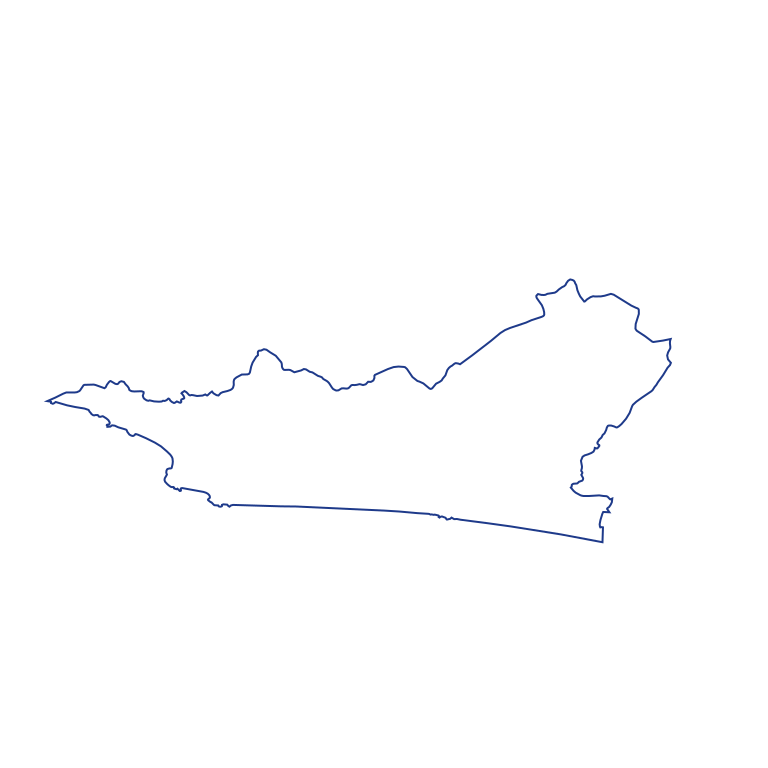 outline of Duc Pho, Quảng Ngãi, Vietnam, rotated 124°
{"feature_id": "81297802B20968372540645", "entity_name": "Duc Pho", "entity_type": "district", "adm_level": 2, "iso_a3": "VNM", "parent_name": "Vietnam", "parent_adm1": "Quảng Ngãi", "projection": "albers", "projection_center": [108.978, 14.748], "detail": "fine", "context": "isolated", "style": "outline", "palette": "blue", "viewbox_px": 768, "rotation_deg": 124, "n_neighbors": 0, "source": "geoboundaries", "source_scale": "gbopen_adm2", "svg_char_len": 6154}
<svg xmlns="http://www.w3.org/2000/svg" viewBox="0 0 768 768"><g transform="rotate(124 384 384)"><path d="M422.3,503.0L425.1,504.7L426.2,506.2L427.5,506.6L428.8,506.0L430.6,504.6L433.1,505.2L439.7,504.9L443.7,503.9L449.5,501.6L451.1,501.6L452.4,502.6L455.7,507.2L461.0,510.0L463.4,510.7L464.6,510.6L466.2,509.9L468.8,508.0L471.5,507.1L472.9,507.2L474.7,507.9L477.4,509.9L481.0,513.2L482.9,514.3L486.1,514.8L486.9,516.6L487.1,520.2L486.4,522.4L488.6,523.2L492.2,524.0L492.6,524.7L492.6,526.3L495.0,527.9L498.5,532.3L500.1,536.2L500.8,537.5L501.9,538.4L502.1,539.4L501.3,543.1L501.4,545.5L504.2,546.7L505.0,546.7L505.2,545.5L506.0,543.4L506.7,542.3L507.5,541.7L508.3,541.9L508.8,542.5L510.2,543.3L511.2,543.0L512.1,542.1L513.0,542.1L513.5,542.5L513.9,543.7L514.3,546.0L516.5,546.9L517.2,547.5L517.5,549.8L517.2,552.1L516.6,553.1L516.5,554.4L516.8,554.7L518.9,555.2L520.2,556.0L520.8,556.5L521.4,557.8L522.8,558.5L523.3,559.1L524.6,560.8L527.0,564.9L528.6,569.1L529.7,570.0L530.3,571.7L530.3,574.5L529.8,575.9L528.6,577.4L525.8,578.2L525.1,578.9L525.4,580.3L525.8,581.3L529.8,586.8L531.0,589.0L531.3,590.3L531.3,591.8L530.0,593.5L529.3,595.3L528.7,598.2L527.7,600.8L528.6,603.3L530.2,604.4L532.4,604.6L533.1,604.9L533.7,605.8L534.1,606.9L534.4,612.3L534.8,612.7L536.1,613.1L539.5,613.3L542.4,612.9L543.8,613.4L546.1,622.5L546.8,624.3L552.3,632.0L553.2,632.4L559.1,632.4L560.2,632.6L562.5,634.0L563.9,635.6L568.6,642.6L571.5,644.6L579.1,648.9L586.5,653.6L585.5,651.4L584.9,650.5L584.9,650.2L586.0,649.4L585.6,647.5L584.7,646.9L582.5,646.1L578.9,634.8L575.7,627.0L571.8,618.5L570.7,614.4L571.6,612.6L572.0,610.9L572.5,609.7L572.5,607.6L572.0,606.6L571.2,606.0L569.9,604.0L569.9,603.2L570.4,602.4L570.4,601.9L569.9,600.9L568.1,599.3L567.9,598.7L567.8,594.9L568.1,592.3L569.2,590.0L570.3,589.3L571.4,589.4L572.5,590.7L572.9,590.9L573.2,590.8L573.5,589.9L574.2,589.4L572.3,587.0L570.6,586.5L570.2,586.1L569.1,583.9L568.5,580.1L566.1,572.5L566.2,571.5L567.2,570.0L568.3,566.8L568.1,564.7L567.7,563.5L567.2,562.8L565.9,562.2L564.6,562.1L564.3,561.8L563.6,559.6L562.0,550.9L560.7,541.1L560.4,534.0L561.3,526.2L562.1,521.7L562.9,519.5L563.9,517.8L566.4,515.7L568.6,514.5L572.3,513.1L572.9,513.3L573.6,514.0L573.9,514.6L575.5,515.9L576.2,516.1L577.7,515.8L579.3,514.9L580.5,513.3L584.8,513.0L586.3,512.3L587.4,510.9L588.1,508.1L588.4,506.0L588.5,503.4L588.1,502.2L587.2,501.1L587.2,500.2L587.7,500.0L588.0,499.5L587.2,497.1L586.3,496.7L586.9,493.5L586.3,492.8L585.6,492.9L584.7,493.9L583.9,493.9L583.1,493.1L574.4,473.3L573.7,470.8L573.5,468.8L573.8,467.0L574.3,465.9L575.2,465.0L576.1,464.8L577.8,465.3L578.4,465.2L578.7,464.7L578.9,461.6L578.6,460.9L579.3,457.6L579.3,456.8L577.4,453.5L577.8,452.8L577.8,452.2L577.3,451.1L576.3,450.2L575.7,450.1L574.8,450.7L573.6,449.9L571.7,446.5L572.2,444.7L572.1,443.5L570.3,443.0L568.7,441.6L542.9,400.8L534.6,388.2L488.8,313.0L481.1,299.9L472.5,284.3L466.8,274.6L466.4,273.7L466.3,272.5L465.5,271.6L464.6,269.5L463.9,268.9L462.6,265.4L462.6,264.9L463.0,264.5L463.7,264.3L463.7,263.3L462.5,262.9L461.4,261.9L460.5,258.2L461.2,256.5L461.2,256.0L458.7,253.7L457.0,253.3L456.8,250.3L455.1,248.0L453.7,244.6L441.6,220.5L431.2,199.3L409.8,153.3L393.0,114.4L380.4,122.3L381.0,123.6L381.9,124.5L381.5,125.2L379.7,126.8L375.7,128.5L369.5,130.4L367.5,130.7L364.3,125.4L362.8,129.2L361.9,129.3L360.0,128.6L357.2,128.6L354.6,129.0L351.3,130.7L353.1,131.9L353.1,132.5L352.4,135.6L352.6,136.8L354.1,139.4L356.0,143.3L361.9,151.0L365.3,156.0L366.0,157.6L366.4,159.0L366.9,164.4L366.6,167.0L365.4,171.2L364.3,171.0L362.5,171.9L361.5,171.6L360.7,171.1L358.5,168.3L357.4,167.9L356.1,167.7L353.2,165.6L352.0,165.6L350.9,166.1L350.5,166.6L349.0,169.6L347.3,169.7L346.7,169.9L346.3,170.3L345.8,171.8L345.2,172.2L343.1,172.9L341.6,173.8L337.5,177.8L333.2,178.7L332.0,178.1L331.2,177.9L328.2,175.5L325.2,173.5L322.9,172.5L320.6,172.8L319.1,173.5L318.4,171.5L318.0,171.1L316.5,170.9L314.8,170.9L314.3,171.4L314.4,172.2L314.0,173.7L313.1,174.4L309.6,174.5L306.8,173.8L303.9,174.2L301.7,173.6L297.9,174.1L295.5,174.9L293.6,175.0L292.9,174.6L291.4,172.4L290.5,169.5L290.1,167.1L289.5,166.4L287.4,165.5L284.4,164.7L277.4,163.9L270.6,164.2L263.6,165.9L262.0,166.0L257.5,164.9L251.2,162.6L240.5,158.3L238.8,157.9L235.2,158.0L232.4,157.7L229.4,157.9L220.6,157.6L211.9,158.0L208.4,157.5L206.0,158.0L204.8,162.3L202.0,165.2L198.9,166.2L194.5,166.6L193.2,167.3L190.3,169.8L188.2,171.0L186.4,171.5L191.9,176.9L198.5,184.1L198.9,185.2L198.4,194.0L198.5,204.1L198.1,205.4L197.5,206.5L193.5,208.9L183.4,211.9L180.1,214.2L179.6,215.0L179.5,216.0L179.9,217.6L180.7,222.8L181.5,243.5L182.4,246.3L187.4,250.4L190.1,253.2L193.5,258.1L194.3,259.7L196.4,261.3L200.3,263.0L203.1,263.6L203.7,264.1L201.7,270.3L200.1,273.1L198.1,276.1L194.5,279.9L193.6,281.8L192.6,283.2L192.2,284.5L192.4,286.0L193.2,288.1L195.5,289.1L198.5,289.2L200.2,288.9L202.1,289.3L204.1,290.5L207.8,291.9L210.9,292.6L212.8,293.5L217.9,299.0L219.7,300.0L220.8,301.2L222.1,303.3L223.3,306.6L224.7,306.9L225.7,307.0L226.6,306.4L227.4,305.2L230.4,297.2L232.6,293.9L234.9,291.4L236.8,290.0L237.5,289.8L238.5,289.9L240.1,290.8L248.6,297.4L253.7,300.6L267.0,310.8L271.6,313.8L276.6,316.0L288.6,319.5L310.9,326.9L325.1,332.0L325.5,333.8L326.3,335.6L326.8,336.4L327.9,337.0L330.9,337.9L332.2,338.6L334.4,339.2L337.1,339.3L342.5,337.9L346.6,338.3L348.8,338.2L351.2,339.1L354.6,341.0L360.6,341.6L361.9,342.4L362.3,343.7L361.5,351.7L362.2,355.9L362.8,358.0L362.3,364.3L358.7,373.3L358.3,375.8L358.7,377.0L361.4,381.7L364.6,385.5L369.4,389.1L381.5,396.6L382.5,396.6L384.4,395.3L387.0,394.8L389.0,395.7L389.7,396.2L391.0,398.4L394.5,399.0L396.6,400.8L397.4,403.3L397.9,404.3L399.9,406.1L401.2,407.6L402.6,409.8L403.4,410.4L406.6,410.9L407.9,411.5L408.9,412.7L410.3,415.3L411.4,416.7L414.7,418.2L415.9,419.6L416.3,420.5L416.6,423.3L416.1,425.1L414.0,430.0L413.6,431.8L413.5,433.2L413.8,437.1L413.2,439.2L413.4,440.6L414.2,443.3L414.4,449.8L415.4,452.5L415.5,456.8L416.4,458.8L419.1,460.3L424.4,464.9L424.8,469.4L425.4,470.8L427.8,474.1L428.2,475.0L428.1,475.8L427.7,476.9L426.8,478.2L424.6,479.9L423.5,481.2L421.1,489.5L421.4,496.1L421.3,500.6L422.3,503.0Z" fill="none" stroke="#1e3a8a" stroke-width="2"/></g></svg>